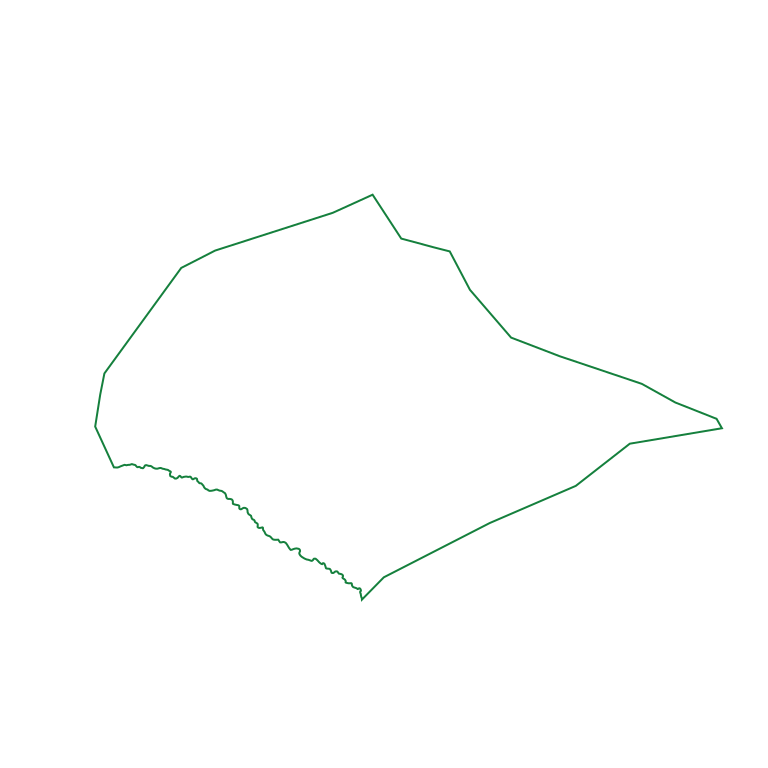 Bayanjargalan, Töv, Mongolia, rotated 152°
{"feature_id": "93677404B91267927861385", "entity_name": "Bayanjargalan", "entity_type": "district", "adm_level": 2, "iso_a3": "MNG", "parent_name": "Mongolia", "parent_adm1": "Töv", "projection": "equal_earth", "projection_center": [108.634, 47.077], "detail": "fine", "context": "isolated", "style": "outline", "palette": "green", "viewbox_px": 768, "rotation_deg": 152, "n_neighbors": 0, "source": "geoboundaries", "source_scale": "gbopen_adm2", "svg_char_len": 4174}
<svg xmlns="http://www.w3.org/2000/svg" viewBox="0 0 768 768"><g transform="rotate(152 384 384)"><path d="M106.4,186.3L106.7,197.1L135.3,230.7L135.4,230.8L156.3,263.1L215.9,326.1L250.0,365.3L263.9,426.8L263.7,470.2L276.0,481.4L300.5,504.3L305.2,556.5L348.8,559.2L470.5,581.1L508.5,581.7L625.9,524.6L639.6,507.8L659.0,482.0L661.6,437.2L658.8,435.5L657.3,435.1L655.4,435.0L653.1,434.7L651.5,434.5L651.0,434.4L650.4,433.9L649.6,433.2L647.9,432.7L646.4,432.0L645.2,431.8L644.6,431.7L644.2,431.6L642.8,430.2L641.9,429.5L641.5,428.8L641.4,428.1L641.1,426.9L640.8,426.4L640.3,426.1L639.7,426.0L639.1,425.8L638.6,425.3L638.2,424.3L636.7,423.0L636.2,422.8L635.8,422.9L635.3,423.1L634.4,423.5L633.5,424.2L632.7,424.2L631.9,423.9L630.8,422.8L629.9,421.9L629.1,421.6L628.3,420.9L627.7,419.9L627.2,418.7L626.2,417.3L625.1,416.3L623.8,415.6L621.8,415.2L620.6,414.7L620.0,414.1L619.4,413.3L618.7,412.7L617.9,412.1L617.0,411.1L615.7,410.1L615.0,409.4L614.6,408.5L613.9,407.5L613.5,406.8L613.5,406.5L613.6,406.3L613.8,406.1L614.8,405.5L615.4,404.8L615.7,403.8L615.9,403.2L615.5,402.4L615.0,401.8L614.2,401.3L613.9,400.8L613.0,398.7L612.0,398.1L610.5,398.0L609.1,398.5L608.4,398.8L607.5,398.8L607.1,398.3L606.7,396.7L606.5,396.4L605.7,396.1L604.8,396.1L602.7,395.4L601.7,394.9L600.6,393.9L599.9,393.6L598.8,393.3L598.5,393.0L598.3,392.7L598.0,390.4L597.8,389.9L597.5,389.6L597.1,389.5L595.6,389.6L594.5,389.2L593.9,388.6L593.7,387.9L594.0,387.1L594.3,386.3L594.3,385.6L594.0,385.1L593.8,384.4L593.6,383.3L593.2,382.8L592.3,382.3L591.9,381.7L591.7,381.1L591.5,380.0L591.2,379.2L591.3,377.7L591.2,376.5L590.8,375.3L590.3,374.6L589.3,373.5L589.0,372.5L588.0,371.4L586.1,370.6L584.0,370.0L582.1,369.7L581.0,369.2L579.3,367.1L577.8,366.0L577.2,365.3L576.3,363.4L575.7,362.4L575.6,361.0L575.8,359.8L576.2,358.6L576.4,357.1L576.1,356.3L575.4,355.6L574.2,355.0L573.1,354.1L572.6,353.5L572.4,352.8L572.4,351.8L572.9,350.6L573.5,349.6L573.6,349.1L573.3,348.7L572.5,347.8L571.0,346.5L569.7,345.5L569.2,344.8L569.1,344.3L569.4,343.5L570.1,342.3L570.1,341.5L569.7,340.9L569.0,340.5L568.1,340.5L566.8,340.6L566.0,340.5L564.8,339.8L564.0,338.7L563.6,337.7L563.8,336.7L564.2,335.7L564.6,334.9L564.7,333.9L564.7,332.9L564.4,332.1L563.7,330.9L563.3,330.1L563.4,329.5L563.7,328.3L563.8,327.0L563.5,326.1L562.9,325.5L562.5,324.7L562.4,324.1L562.7,323.2L562.6,322.4L561.9,321.3L561.4,320.3L561.3,319.6L561.7,318.7L562.7,317.2L562.4,316.1L561.6,315.4L560.1,314.8L559.1,314.6L558.6,314.4L558.4,314.0L558.8,313.0L559.2,311.9L559.1,310.9L558.9,309.8L559.0,308.6L559.0,306.9L558.6,305.8L557.8,304.7L556.7,303.6L556.1,302.7L555.7,301.4L555.4,299.9L554.9,298.8L554.0,298.0L552.4,297.1L551.1,296.5L550.5,296.2L550.4,295.6L550.3,294.2L550.1,293.0L549.4,292.5L548.1,292.1L547.3,291.9L546.6,291.5L545.8,290.6L545.3,289.7L545.0,287.8L544.9,286.0L544.8,283.9L544.5,282.1L544.3,281.4L543.7,281.1L542.9,280.9L541.7,280.8L540.1,280.5L538.4,279.9L536.7,278.5L536.3,277.8L536.2,276.7L536.6,275.8L537.9,274.8L538.4,274.0L538.5,272.9L538.3,271.5L537.8,270.1L536.2,267.3L534.7,265.4L533.3,264.3L531.9,262.8L531.4,262.2L530.9,261.8L530.4,261.7L529.4,261.9L528.6,262.4L527.9,262.6L527.1,262.3L526.4,261.8L525.6,259.8L524.9,257.0L524.2,255.3L523.6,254.4L523.2,254.0L522.6,254.1L522.0,254.4L521.6,254.2L521.2,253.7L521.0,253.1L521.3,250.5L521.7,248.8L521.5,248.2L520.4,247.4L519.3,246.7L518.7,246.2L518.5,245.2L518.5,244.0L518.7,243.0L518.9,242.2L518.7,241.7L518.2,241.3L517.6,241.0L516.6,241.0L515.3,241.3L514.3,241.1L513.4,240.5L513.1,239.7L513.0,238.6L512.8,237.7L512.0,237.1L510.7,235.9L510.2,234.8L510.2,234.0L510.7,233.2L511.5,232.7L511.6,232.0L511.2,231.2L510.6,230.2L510.3,229.2L510.3,228.1L510.6,227.4L511.0,227.0L511.0,226.7L510.4,226.0L509.5,225.2L508.7,224.6L507.6,224.0L506.7,223.7L506.3,223.3L506.2,222.8L506.5,222.0L506.8,221.1L506.8,220.3L506.6,219.3L506.0,218.5L504.5,217.0L503.9,216.2L503.6,215.4L503.3,215.2L502.7,215.3L502.0,215.3L501.4,215.0L501.1,214.3L501.1,213.6L501.2,212.8L501.5,212.2L502.1,212.1L502.5,211.8L502.7,211.6L503.0,210.7L503.0,209.8L503.7,207.9L504.1,206.2L504.1,205.3L504.7,204.0L474.9,213.4L355.9,211.6L262.5,204.0L195.0,215.9L106.4,186.3Z" fill="none" stroke="#15803d" stroke-width="2"/></g></svg>